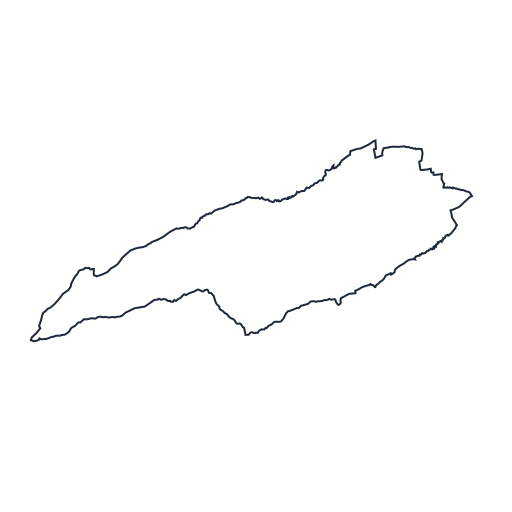 Straoane, Vrancea, Romania (Robinson projection), rotated 291°
{"feature_id": "2599482B77853127668165", "entity_name": "Straoane", "entity_type": "district", "adm_level": 2, "iso_a3": "ROU", "parent_name": "Romania", "parent_adm1": "Vrancea", "projection": "robinson", "projection_center": [27.011, 45.969], "detail": "fine", "context": "isolated", "style": "outline", "palette": "slate", "viewbox_px": 512, "rotation_deg": 291, "n_neighbors": 0, "source": "geoboundaries", "source_scale": "gbopen_adm2", "svg_char_len": 6123}
<svg xmlns="http://www.w3.org/2000/svg" viewBox="0 0 512 512"><g transform="rotate(291 256 256)"><path d="M356.8,432.6L362.4,424.9L364.3,424.1L368.3,421.3L370.5,424.0L374.7,428.1L388.0,434.7L389.3,436.2L391.9,432.6L392.0,430.8L391.7,429.7L391.8,427.0L391.6,425.0L391.0,423.6L391.1,421.7L390.7,420.6L391.0,419.3L390.4,418.2L390.6,416.2L389.8,415.6L390.3,415.0L389.4,413.9L389.6,412.4L388.8,411.7L388.8,410.2L388.1,409.8L387.8,407.6L387.1,407.2L387.0,406.7L387.2,406.3L391.1,405.7L391.1,405.1L394.4,401.6L399.1,400.2L395.7,393.8L395.5,392.6L397.6,391.7L396.9,390.2L396.9,389.6L400.1,387.9L398.3,385.2L395.3,379.1L395.7,378.5L402.4,374.6L404.4,376.2L404.8,376.2L411.6,374.7L415.3,372.3L414.5,370.8L414.3,368.9L413.0,367.2L413.5,366.0L412.7,364.8L412.9,363.0L412.4,361.8L412.4,359.9L411.4,356.6L411.7,355.5L408.5,348.9L408.4,347.9L407.5,346.1L407.3,345.0L405.3,341.1L404.6,340.8L403.9,339.0L403.0,337.9L402.9,337.0L402.2,336.5L399.7,336.5L397.0,337.0L395.2,337.9L390.5,332.3L397.9,327.8L399.0,329.6L406.7,326.1L404.6,324.2L400.1,321.0L393.8,315.0L392.3,312.1L387.7,306.5L384.1,307.5L382.8,306.2L375.8,301.8L374.5,301.8L372.9,301.1L371.5,301.5L370.5,300.3L368.9,299.9L367.7,298.9L367.2,299.1L365.6,297.1L365.5,296.5L366.7,295.8L367.8,296.2L368.4,295.9L366.7,295.2L365.3,295.4L363.3,294.8L361.9,293.2L361.8,291.5L361.1,290.3L359.2,290.5L357.0,292.1L356.3,292.1L355.3,291.2L354.1,290.8L352.1,290.8L351.3,291.4L350.7,291.2L350.0,290.3L349.6,288.8L349.0,288.0L346.5,287.0L344.8,284.8L342.6,284.1L340.8,282.1L338.7,281.4L338.4,281.1L338.2,278.9L337.8,278.6L334.7,278.0L333.8,277.5L333.2,275.5L330.5,272.9L330.6,271.3L328.0,271.3L326.2,270.3L325.4,269.8L325.3,269.0L324.7,269.0L324.5,267.9L323.3,267.7L322.3,266.9L322.2,266.3L322.8,265.8L322.3,265.0L321.7,264.8L321.3,265.5L320.8,265.6L320.1,264.2L320.3,263.1L319.9,262.3L317.8,260.0L316.4,259.6L315.2,257.9L315.2,257.3L316.0,257.0L315.5,255.8L314.8,255.4L315.2,254.5L314.8,253.5L312.6,253.0L312.3,252.3L312.2,248.7L313.1,247.1L311.8,244.9L311.7,242.3L312.6,241.2L312.8,240.4L311.5,240.0L310.7,239.0L311.4,237.4L309.8,235.2L309.7,234.1L308.6,230.8L308.7,228.6L308.1,227.6L308.1,227.1L306.8,226.5L306.2,225.6L305.0,225.3L303.5,224.2L303.1,223.2L302.3,222.4L300.7,221.8L298.1,218.3L296.1,216.3L295.0,213.7L293.6,212.3L292.3,211.7L291.5,210.5L288.8,207.9L287.0,205.0L283.6,201.1L279.4,198.8L279.3,197.2L278.0,196.6L277.2,194.6L276.1,194.0L275.6,194.2L273.8,192.1L272.2,191.9L272.0,191.5L272.2,191.0L271.1,190.3L269.8,190.3L269.2,190.6L267.5,189.6L265.5,189.4L264.7,188.2L262.0,187.6L261.2,187.7L259.8,186.0L257.8,184.5L257.8,183.9L257.2,182.6L257.7,181.0L257.7,180.1L256.9,178.8L256.2,178.3L255.7,176.5L253.6,173.8L253.3,172.0L248.0,167.2L240.7,162.6L235.5,157.9L231.7,153.7L230.0,152.9L228.9,151.5L225.9,149.7L223.7,147.1L221.6,143.3L219.9,140.9L216.2,136.8L205.9,131.5L204.8,131.5L199.2,129.9L196.1,128.1L192.4,125.0L187.8,123.1L183.5,118.9L179.9,114.5L180.2,113.7L179.8,111.9L181.0,110.9L185.8,109.3L185.3,107.9L184.7,107.4L184.1,106.1L185.0,104.7L185.0,104.3L184.3,103.0L183.7,100.9L181.4,99.5L180.7,98.1L179.2,96.4L178.1,95.9L176.1,95.8L173.8,95.3L173.3,94.8L169.3,94.0L164.0,93.4L160.8,94.0L156.9,93.0L151.4,89.3L144.8,87.4L138.4,84.9L134.0,82.4L131.8,80.3L129.4,79.4L126.7,77.7L123.9,77.6L120.4,78.2L113.2,78.6L112.7,78.7L111.3,80.5L110.9,80.6L109.9,80.0L105.4,78.7L99.5,75.8L96.7,76.0L96.9,79.6L99.6,83.1L100.5,83.6L101.5,83.4L101.3,85.5L103.3,89.6L104.8,91.7L107.4,94.3L108.1,96.0L109.4,97.2L110.7,99.6L111.2,101.4L112.7,103.1L113.9,105.5L116.8,107.8L119.3,108.8L120.7,108.9L123.0,109.6L126.3,112.4L129.4,113.4L130.7,114.5L131.0,115.8L135.3,118.0L136.2,120.8L138.9,124.6L139.9,128.2L140.9,129.4L142.1,130.0L143.6,132.4L144.0,135.2L145.3,137.4L145.5,139.5L145.8,140.6L147.7,144.1L147.9,145.6L148.5,146.3L148.6,147.2L150.0,148.9L150.5,150.5L152.4,152.4L156.5,154.6L163.8,161.5L169.0,170.4L178.6,176.9L180.0,179.8L181.3,180.6L181.1,183.0L182.6,184.9L183.2,188.0L182.5,189.3L182.8,191.0L183.4,191.9L182.8,192.6L183.3,194.7L185.6,195.6L185.3,196.5L185.6,197.7L187.4,198.4L189.8,200.5L194.0,202.3L194.7,203.0L194.3,204.5L194.5,204.7L197.2,206.9L200.7,211.0L203.5,213.4L204.0,214.1L203.7,218.7L204.0,219.4L205.9,220.5L207.1,222.5L207.0,223.1L204.7,225.5L205.3,227.6L204.3,229.3L203.8,230.6L198.6,234.7L196.9,236.6L195.8,239.7L193.4,241.2L192.7,244.7L191.6,247.2L191.2,249.9L189.1,253.6L188.8,257.9L187.7,259.9L186.0,261.9L186.3,263.7L187.2,264.9L186.9,266.4L184.9,269.2L184.7,270.6L178.6,274.5L179.9,277.4L182.4,278.2L183.4,279.5L183.4,281.9L183.7,282.8L184.5,283.6L184.9,285.2L186.6,285.4L188.5,286.5L189.7,287.8L190.3,290.0L191.8,290.5L192.4,290.9L192.5,291.7L195.0,292.6L197.6,294.9L201.0,296.7L201.6,297.7L202.8,301.1L203.6,302.5L204.3,303.0L207.1,304.0L213.7,304.7L216.0,305.8L216.8,307.2L222.1,312.9L223.1,314.9L225.4,315.6L230.0,321.8L233.0,323.2L234.5,326.0L234.8,328.6L235.8,329.9L237.6,333.8L239.2,335.4L240.0,337.4L241.0,338.8L242.2,339.7L242.2,341.9L243.8,344.7L243.8,345.6L242.0,347.0L240.7,348.6L240.0,349.9L240.0,350.8L241.4,351.7L243.0,351.9L244.7,350.7L247.0,350.4L254.0,356.4L256.9,362.2L259.1,361.1L261.3,363.4L264.5,365.9L267.1,368.7L269.3,371.9L270.9,373.0L270.3,374.1L270.7,375.2L270.6,376.4L269.5,378.1L269.8,378.6L271.4,378.6L272.6,379.1L274.0,380.2L276.0,380.9L278.4,382.7L280.5,383.5L284.3,384.2L288.0,387.8L288.2,388.0L287.1,388.8L288.0,389.6L290.3,391.1L292.7,390.8L294.4,391.2L298.3,393.7L301.9,396.7L304.8,398.3L307.5,400.5L309.5,404.1L309.8,405.7L310.6,404.7L311.8,405.4L312.8,405.4L314.5,407.5L315.0,408.6L316.1,408.4L316.5,409.5L318.2,410.1L318.1,410.8L319.4,412.9L321.8,413.8L322.0,414.6L323.9,415.5L324.4,416.3L325.6,416.6L325.3,418.1L326.0,418.3L326.1,418.9L326.8,419.7L327.3,419.7L327.3,418.6L327.8,418.3L329.4,419.3L329.2,420.7L329.7,420.6L330.5,419.8L331.7,420.2L332.1,421.3L333.1,421.5L334.1,420.9L334.4,421.9L336.0,422.7L335.8,423.9L336.5,423.5L337.3,424.0L337.4,424.6L338.0,424.3L339.0,424.8L339.7,424.3L340.0,424.5L339.9,425.3L340.2,425.6L342.3,425.7L343.4,426.1L343.6,426.9L344.3,427.3L343.9,427.9L344.1,428.5L344.9,428.4L345.5,429.2L347.2,430.1L353.4,432.1L355.6,432.1L356.8,432.6Z" fill="none" stroke="#1e293b" stroke-width="2"/></g></svg>